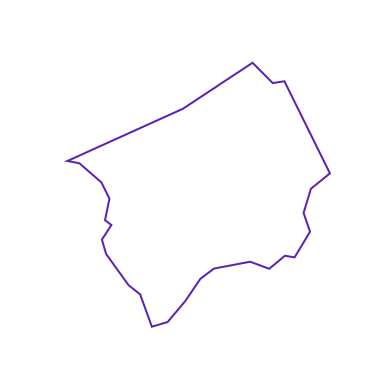 Rappahannock, Virginia, United States of America, rotated 195°
{"feature_id": "52423323B58437533769243", "entity_name": "Rappahannock", "entity_type": "district", "adm_level": 2, "iso_a3": "USA", "parent_name": "United States of America", "parent_adm1": "Virginia", "projection": "mercator", "projection_center": [-78.153, 38.693], "detail": "fine", "context": "isolated", "style": "outline", "palette": "violet", "viewbox_px": 384, "rotation_deg": 195, "n_neighbors": 0, "source": "geoboundaries", "source_scale": "gbopen_adm2", "svg_char_len": 501}
<svg xmlns="http://www.w3.org/2000/svg" viewBox="0 0 384 384"><g transform="rotate(195 192 192)"><path d="M97.6,137.8L85.7,154.5L76.0,155.4L67.7,184.2L78.8,200.6L78.0,225.9L63.6,245.7L131.4,322.9L142.2,318.1L167.0,332.5L222.3,270.1L292.5,212.6L320.4,189.7L308.2,190.6L282.0,177.8L270.0,164.2L268.7,142.2L261.3,139.3L266.7,122.7L258.9,109.9L229.1,85.5L215.6,79.7L195.9,51.5L181.9,60.1L170.2,85.1L161.4,110.4L151.0,123.7L117.9,139.7L97.6,137.8Z" fill="none" stroke="#5b21b6" stroke-width="2"/></g></svg>